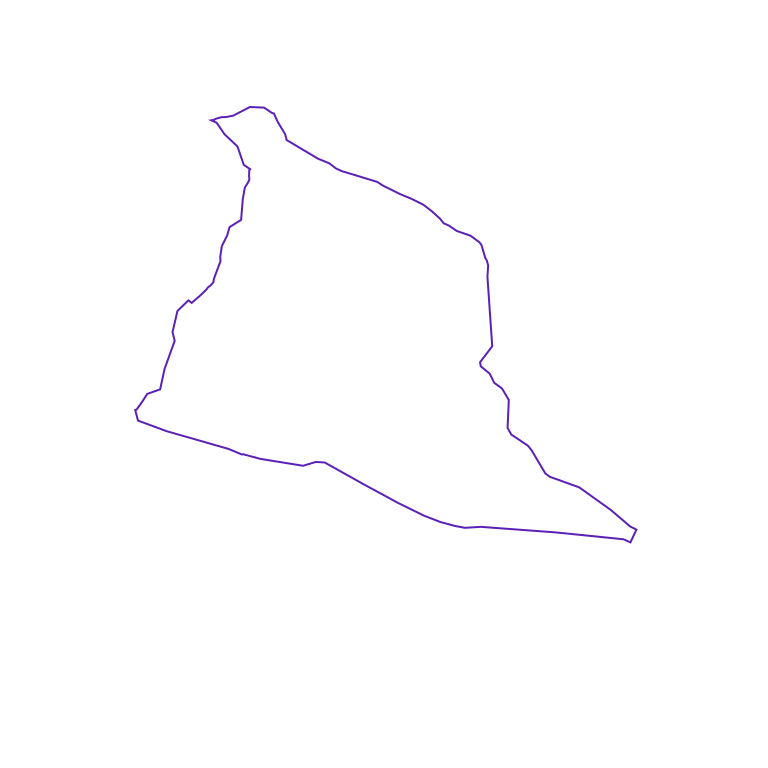 outline of Santo Domingo Albarradas, Oaxaca, Mexico, rotated 305°
{"feature_id": "50627088B23410005526234", "entity_name": "Santo Domingo Albarradas", "entity_type": "district", "adm_level": 2, "iso_a3": "MEX", "parent_name": "Mexico", "parent_adm1": "Oaxaca", "projection": "natural_earth1", "projection_center": [-96.205, 17.064], "detail": "fine", "context": "isolated", "style": "outline", "palette": "violet", "viewbox_px": 768, "rotation_deg": 305, "n_neighbors": 0, "source": "geoboundaries", "source_scale": "gbopen_adm2", "svg_char_len": 1468}
<svg xmlns="http://www.w3.org/2000/svg" viewBox="0 0 768 768"><g transform="rotate(305 384 384)"><path d="M501.0,91.3L502.0,97.1L497.1,110.2L494.5,127.8L483.1,143.4L483.2,151.2L481.8,151.0L479.6,152.5L476.9,154.2L474.5,156.3L471.7,157.0L465.2,157.3L454.4,162.3L436.5,172.8L423.9,167.5L415.8,170.3L403.9,172.1L394.3,176.9L390.6,179.7L372.7,184.3L369.4,185.9L365.7,185.5L362.2,184.4L359.3,184.3L351.1,182.7L340.1,179.9L340.3,175.8L325.4,172.9L316.7,176.4L305.2,181.0L299.3,187.8L270.5,195.6L251.2,203.7L240.1,195.7L231.8,196.1L221.1,196.0L220.0,195.1L212.9,203.5L220.6,232.8L241.7,294.1L244.7,307.9L245.7,309.0L251.8,325.8L270.6,364.6L281.1,372.9L285.7,380.5L290.2,425.1L294.6,463.5L299.1,492.4L303.2,509.1L308.4,523.5L312.6,532.8L322.5,545.2L360.7,609.4L385.6,653.9L386.0,654.6L394.2,669.3L395.6,676.7L409.5,674.3L408.5,667.3L410.9,642.2L411.3,603.2L403.1,573.1L403.3,567.4L414.3,543.1L416.0,537.3L415.6,517.3L418.9,510.4L442.5,495.4L448.0,483.3L448.2,473.6L453.1,464.7L454.0,453.1L456.9,450.2L477.0,451.0L531.2,407.2L540.9,401.3L544.0,397.6L545.4,394.6L553.7,384.2L554.8,381.0L555.1,369.9L551.1,355.8L551.0,346.5L549.9,340.6L551.5,335.4L552.9,324.6L553.4,313.5L551.5,300.5L548.7,287.9L545.9,269.3L545.7,262.6L534.2,227.4L533.0,220.8L533.4,212.6L530.7,200.8L528.0,164.3L531.9,159.8L537.6,146.9L542.5,138.6L541.8,137.1L541.6,127.2L534.0,115.3L517.4,106.6L512.0,101.4L509.4,97.9L504.8,94.1L503.0,93.3L501.0,91.3Z" fill="none" stroke="#5b21b6" stroke-width="2"/></g></svg>